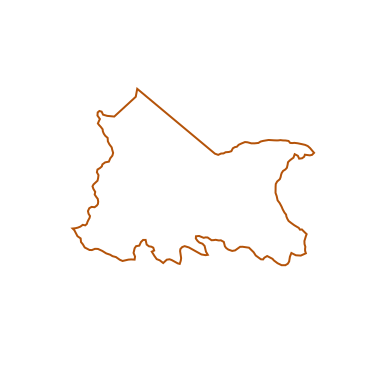 outline of Lajedão, Bahia, Brazil, rotated 317°
{"feature_id": "56859067B25037428626616", "entity_name": "Lajedão", "entity_type": "district", "adm_level": 2, "iso_a3": "BRA", "parent_name": "Brazil", "parent_adm1": "Bahia", "projection": "robinson", "projection_center": [-40.309, -17.565], "detail": "fine", "context": "isolated", "style": "outline", "palette": "amber", "viewbox_px": 384, "rotation_deg": 317, "n_neighbors": 0, "source": "geoboundaries", "source_scale": "gbopen_adm2", "svg_char_len": 3141}
<svg xmlns="http://www.w3.org/2000/svg" viewBox="0 0 384 384"><g transform="rotate(317 192 192)"><path d="M222.3,79.2L215.8,84.0L186.6,83.8L181.9,78.5L179.7,74.8L180.7,71.6L179.5,69.6L177.3,69.5L175.0,71.6L174.4,75.8L171.9,76.8L169.9,77.7L169.7,79.8L169.7,82.2L169.4,85.2L168.2,86.8L167.3,89.1L166.9,91.7L167.2,94.9L165.0,97.6L164.1,100.8L163.7,104.6L162.4,106.8L161.0,109.6L158.6,111.1L155.2,111.6L151.9,113.1L148.7,111.1L145.3,110.7L143.5,111.8L141.0,111.7L138.2,111.1L135.9,112.7L135.1,115.9L132.7,117.9L130.6,119.3L128.0,119.3L125.1,119.3L123.1,120.0L122.0,122.5L121.3,125.9L119.1,127.5L118.6,130.4L118.4,132.7L116.8,135.1L115.0,136.6L113.2,137.0L110.4,136.7L108.4,134.4L105.8,133.8L102.9,135.0L101.5,137.4L101.0,140.0L99.4,141.1L97.2,141.8L95.1,142.6L93.4,143.6L91.2,143.6L89.7,141.5L86.8,141.2L84.2,140.2L81.9,138.9L79.8,137.3L79.9,139.7L78.1,146.2L78.9,150.0L76.7,152.9L76.5,155.8L75.7,159.4L77.5,164.5L79.2,166.2L82.3,167.4L84.4,169.5L86.2,173.9L87.4,178.4L89.4,182.1L90.1,184.7L92.0,187.7L93.0,192.4L94.2,195.1L99.4,198.1L101.5,199.8L103.9,202.3L106.3,200.4L107.7,196.7L111.7,194.0L114.2,193.5L116.9,195.3L120.5,193.8L123.5,193.7L125.4,195.4L123.0,199.5L123.5,202.4L125.0,204.3L125.7,206.3L124.4,209.0L121.9,208.2L120.9,213.1L120.4,217.0L121.8,219.9L122.5,224.3L127.4,224.3L129.7,225.9L130.7,227.8L131.9,231.4L132.9,234.5L134.0,236.2L136.9,234.6L139.0,232.9L143.0,227.1L144.6,225.8L147.3,225.6L149.7,226.6L151.9,230.4L156.3,244.1L158.9,247.5L160.7,248.7L161.5,245.2L164.4,240.1L164.4,237.0L162.9,234.0L162.7,231.4L163.1,228.6L164.7,227.1L167.2,229.0L169.3,233.5L170.9,234.4L172.4,235.9L173.4,240.6L175.1,242.0L176.7,243.1L178.4,245.5L180.2,247.1L181.2,250.2L179.0,254.2L178.8,256.4L179.3,258.9L181.2,262.5L183.7,264.1L189.8,264.9L191.6,266.5L195.7,271.6L196.0,278.1L195.3,281.9L196.5,288.2L198.0,289.8L200.1,289.4L203.3,290.1L205.3,295.8L205.2,297.9L206.0,302.4L207.6,306.6L210.3,309.2L213.1,309.8L215.6,309.1L219.5,306.1L223.1,304.4L224.8,309.1L228.2,312.7L233.5,314.5L234.5,312.3L235.8,310.8L237.5,309.4L238.8,306.8L240.8,304.5L242.7,303.4L244.9,302.1L247.1,301.0L246.9,297.4L246.8,294.3L245.3,293.2L245.6,291.0L244.9,288.7L244.1,285.9L243.4,282.2L242.9,279.1L243.4,276.8L244.3,274.3L245.4,272.7L245.6,270.1L246.5,266.6L247.5,263.9L248.1,261.7L248.6,259.7L248.9,256.5L251.1,252.8L252.5,249.6L255.0,247.0L256.8,245.1L258.7,243.3L261.4,242.4L265.0,242.5L266.9,241.6L268.7,240.3L270.5,239.3L273.0,238.7L275.6,239.2L277.9,239.0L280.6,237.2L282.5,235.7L285.1,235.6L287.4,235.8L289.6,236.1L292.9,234.4L294.1,237.7L293.1,240.7L295.5,242.4L298.1,242.7L300.0,241.7L301.7,243.8L303.2,245.6L305.1,246.7L308.0,246.6L308.1,243.9L308.3,240.5L308.0,237.3L306.8,234.6L304.9,231.8L302.5,228.4L300.4,225.9L298.7,224.6L297.3,223.1L297.4,220.5L295.6,218.2L293.7,216.3L292.1,214.4L290.2,213.0L288.7,211.6L287.2,210.1L285.5,208.3L283.5,206.2L281.1,204.6L278.8,203.1L276.6,201.9L274.0,201.4L271.1,199.2L268.6,196.9L266.5,193.5L264.8,191.6L261.4,190.3L258.3,189.3L255.7,189.5L253.9,188.4L251.7,187.9L248.6,189.0L246.3,187.9L243.6,185.8L241.4,185.3L239.5,183.7L236.5,182.7L234.9,179.6L222.3,79.2Z" fill="none" stroke="#b45309" stroke-width="2"/></g></svg>